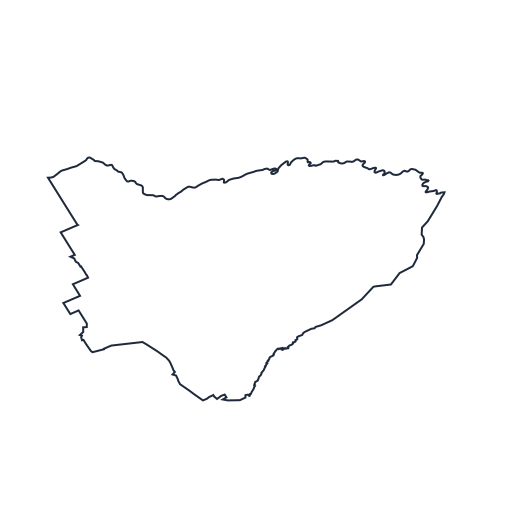 the district of Dunikas pag., Rucavas, Latvia, rotated 346°
{"feature_id": "27541924B90244884039067", "entity_name": "Dunikas pag.", "entity_type": "district", "adm_level": 2, "iso_a3": "LVA", "parent_name": "Latvia", "parent_adm1": "Rucavas", "projection": "natural_earth1", "projection_center": [21.341, 56.279], "detail": "fine", "context": "isolated", "style": "outline", "palette": "slate", "viewbox_px": 512, "rotation_deg": 346, "n_neighbors": 0, "source": "geoboundaries", "source_scale": "gbopen_adm2", "svg_char_len": 6071}
<svg xmlns="http://www.w3.org/2000/svg" viewBox="0 0 512 512"><g transform="rotate(346 256 256)"><path d="M66.7,292.6L66.8,295.7L68.3,295.7L69.8,300.3L72.8,308.2L74.1,309.8L85.9,309.7L85.9,309.2L93.9,307.9L125.0,312.0L128.1,315.0L137.3,324.7L141.6,329.8L144.3,332.8L146.2,336.3L146.9,338.3L148.1,345.0L148.2,346.7L149.2,348.9L146.4,350.8L149.5,352.6L150.3,356.5L150.4,358.6L151.3,362.0L159.1,370.9L162.4,375.0L169.6,383.3L173.9,382.6L176.4,381.5L181.0,380.6L181.2,381.9L183.6,385.3L188.4,383.3L192.1,382.9L193.1,386.0L189.1,387.2L193.7,389.3L205.5,392.0L211.5,390.8L212.1,388.5L214.0,388.5L215.4,388.9L215.6,389.1L215.3,389.8L215.4,390.0L215.7,390.2L215.9,390.2L216.6,389.2L216.8,388.5L217.6,388.6L217.8,388.4L219.0,386.8L220.8,385.1L222.0,383.8L222.1,383.3L223.5,381.9L223.0,381.6L222.9,381.0L223.3,380.3L223.8,380.1L223.7,379.6L224.5,378.6L224.9,377.9L226.1,377.8L227.6,377.3L227.7,377.1L227.8,376.6L228.9,375.6L229.3,374.5L229.7,374.0L230.1,373.6L231.0,373.3L232.3,372.3L232.5,371.8L233.0,371.2L233.0,370.7L235.9,368.6L236.9,367.2L238.1,366.0L237.9,365.4L238.0,365.2L239.0,364.9L239.6,364.0L240.6,363.2L240.0,362.9L240.3,362.1L242.2,361.1L242.8,360.6L242.8,360.4L242.5,360.2L243.9,359.2L244.5,358.0L245.4,357.4L248.5,356.8L249.0,356.5L249.1,356.4L248.8,356.2L249.3,355.3L250.0,354.9L250.4,354.2L250.9,353.9L251.5,353.1L252.1,352.9L252.6,352.4L253.9,351.6L255.1,351.2L255.5,351.3L255.4,351.8L255.6,351.9L257.0,351.5L259.1,351.6L258.8,352.0L259.0,352.2L258.2,352.6L258.1,352.8L259.0,353.5L260.0,353.2L259.8,352.9L261.6,352.4L261.9,352.6L262.3,352.5L262.8,352.8L262.8,353.2L264.0,353.1L264.8,353.3L264.8,352.9L265.2,352.7L265.0,351.9L265.8,351.6L266.6,351.0L269.3,350.7L270.7,349.9L270.6,349.2L271.0,348.7L272.4,348.9L273.6,348.5L273.8,348.3L273.8,347.4L274.0,347.1L275.7,346.9L276.0,346.6L276.1,345.0L276.3,344.7L277.8,344.2L281.7,343.8L283.3,342.1L284.8,341.5L292.1,340.0L295.3,340.3L296.8,339.2L302.4,339.0L314.2,336.8L315.4,336.4L348.1,323.6L362.4,314.3L364.1,314.3L380.0,316.3L391.2,307.3L405.4,303.9L406.1,303.4L411.9,296.8L412.4,294.1L421.7,284.8L423.0,280.9L423.1,278.3L421.9,275.3L424.0,268.5L431.0,263.9L443.9,251.2L450.4,243.8L453.4,241.2L454.3,239.8L452.1,239.4L450.5,239.3L449.5,239.8L448.3,239.5L446.9,239.6L446.5,239.5L446.2,239.3L446.1,239.0L446.9,237.9L447.2,236.3L447.0,235.8L446.3,235.6L444.1,235.9L440.5,235.5L436.9,235.5L436.4,235.3L436.1,235.1L436.1,234.8L436.4,234.4L437.3,233.9L438.9,232.4L439.4,231.7L439.5,230.9L439.2,230.4L438.0,229.4L434.9,228.6L434.5,228.2L434.6,227.2L435.5,226.2L436.4,225.7L438.7,225.1L441.0,225.1L441.6,224.5L441.4,224.2L440.0,223.7L438.7,222.8L436.0,222.3L435.3,221.8L434.7,220.5L434.5,219.8L434.7,218.7L435.2,218.0L436.5,217.4L437.4,216.7L437.8,216.3L437.8,215.7L437.5,215.5L434.9,214.7L434.2,214.0L431.6,210.9L431.1,210.6L428.1,209.2L426.7,209.3L424.7,210.5L423.3,210.7L422.6,210.5L420.9,209.3L420.5,209.2L418.8,209.6L416.1,211.1L413.9,211.5L411.7,211.3L409.1,210.3L408.3,209.7L406.6,207.5L405.3,207.0L402.7,207.5L400.1,208.4L398.9,208.4L398.8,208.1L399.1,207.7L400.8,207.2L401.1,206.9L400.9,205.6L401.0,205.0L401.2,204.8L400.7,204.0L399.5,203.4L394.4,203.8L392.7,204.2L391.9,204.0L391.3,203.1L392.0,201.7L393.6,200.1L393.7,199.7L393.4,199.3L392.0,199.0L387.5,199.4L386.8,199.2L386.2,198.7L385.5,197.8L382.4,195.8L381.4,194.7L381.3,193.9L381.9,193.0L384.4,191.5L384.6,190.8L384.4,190.3L383.5,189.9L381.5,189.9L380.8,189.7L378.5,187.2L377.8,186.9L376.4,186.7L373.6,187.8L372.5,187.9L371.3,187.7L369.9,187.1L367.0,186.3L365.8,186.5L365.0,186.9L363.7,187.2L361.9,187.1L360.2,186.4L358.6,185.2L358.4,184.7L358.7,184.4L358.6,183.6L356.0,182.8L354.6,183.1L353.7,183.1L346.5,181.1L344.4,181.0L343.5,181.2L341.6,182.3L340.6,182.6L336.0,182.9L335.5,182.8L335.1,182.2L334.8,182.2L334.3,181.9L330.3,181.8L329.5,181.5L329.2,180.7L330.1,179.9L331.5,179.2L331.6,178.9L331.1,178.0L330.2,177.6L329.1,177.6L328.9,177.3L328.9,176.9L329.4,175.2L329.2,174.6L327.7,172.9L327.2,172.5L326.2,172.3L323.4,172.2L319.8,171.1L318.4,171.1L316.2,171.7L314.1,172.8L312.5,173.7L311.2,175.4L310.7,175.7L309.9,175.8L309.4,175.8L308.9,175.3L308.9,174.7L309.7,172.7L309.7,172.1L309.3,171.7L308.0,171.6L302.6,173.9L299.2,176.2L298.6,176.9L297.4,179.2L296.6,179.7L293.8,180.6L292.2,180.5L291.4,180.2L291.0,179.9L290.9,178.7L291.1,178.5L293.0,177.7L294.1,177.6L295.0,177.8L296.3,177.4L296.9,176.8L296.6,176.3L295.7,175.7L294.6,175.5L290.6,175.9L289.8,175.6L288.0,173.9L287.6,173.8L285.1,173.7L283.2,174.1L282.3,174.0L278.4,173.6L276.4,173.5L274.4,173.8L267.6,174.0L265.5,174.4L261.9,175.4L259.5,175.8L257.9,175.9L252.8,175.4L248.9,175.6L248.1,175.7L245.0,177.2L243.4,177.3L242.8,177.1L242.6,176.9L243.3,174.9L243.4,174.4L243.3,174.1L242.5,173.2L242.1,172.9L238.7,173.3L237.8,173.1L235.3,172.1L230.8,171.2L228.8,171.2L225.4,172.0L221.2,172.6L216.8,173.8L214.7,174.6L213.8,174.8L213.0,174.8L211.6,174.4L207.9,172.5L206.4,172.5L201.7,174.0L198.6,175.5L195.7,176.3L194.2,177.0L193.2,177.3L191.5,178.4L187.3,180.0L186.6,180.1L184.7,179.8L183.6,179.3L182.9,178.8L182.1,178.1L181.1,176.2L179.6,175.0L177.4,174.5L173.3,174.1L172.4,173.4L170.9,172.1L165.1,170.6L162.7,169.0L161.6,167.5L161.8,166.0L162.8,162.1L162.6,161.0L162.1,160.1L161.5,159.6L158.0,157.5L157.3,156.5L156.9,155.6L156.8,154.8L155.5,153.7L153.3,152.8L152.4,152.6L150.2,152.9L149.0,152.4L147.9,150.3L147.2,148.1L147.0,145.8L146.5,143.9L146.0,142.6L145.5,142.2L142.6,140.7L141.3,138.8L139.8,137.6L138.9,135.6L138.4,133.2L138.1,132.8L137.5,132.5L136.9,132.4L135.0,132.5L133.1,132.1L131.8,130.9L130.0,128.3L125.9,125.9L122.7,124.9L121.5,123.1L118.5,120.2L117.3,120.0L116.4,120.2L115.8,120.5L114.3,121.9L113.0,122.4L103.6,125.4L98.5,125.5L93.2,126.0L88.8,126.1L87.3,126.4L85.3,127.2L83.1,128.3L78.4,130.3L75.2,130.2L73.1,129.7L88.0,175.6L90.3,182.5L90.6,182.8L72.2,185.8L80.4,211.1L75.8,211.8L79.0,214.4L79.3,215.5L79.6,217.4L79.9,218.1L81.8,219.8L83.1,223.8L83.7,223.7L86.0,230.3L86.7,233.0L87.2,233.6L87.8,236.4L71.5,239.1L75.6,252.1L57.7,255.0L61.8,267.4L70.7,265.9L75.5,280.7L74.6,284.0L71.0,283.4L70.0,287.9L66.0,290.1L67.8,291.2L66.7,292.6Z" fill="none" stroke="#1e293b" stroke-width="2"/></g></svg>